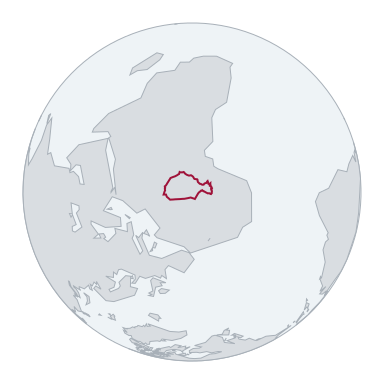 Niger on an orthographic globe, rotated 210°
{"feature_id": "NER", "entity_name": "Niger", "entity_type": "country or territory", "adm_level": 0, "iso_a3": "NER", "parent_name": "Africa", "parent_adm1": "", "projection": "orthographic", "projection_center": [6.366, 17.607], "detail": "fine", "context": "on_globe", "style": "outline", "palette": "rose", "viewbox_px": 384, "rotation_deg": 210, "n_neighbors": 0, "source": "natural_earth", "source_scale": "50m", "svg_char_len": 11258}
<svg xmlns="http://www.w3.org/2000/svg" viewBox="0 0 384 384"><g transform="rotate(210 192 192)"><circle cx="192" cy="192" r="169" fill="#eef3f6" stroke="#a8b0b8"/><path d="M168.8,24.6L155.3,27.1L151.7,28.2L133.2,35.0L136.1,34.3L130.8,37.1L132.1,37.6L128.3,39.2L132.7,38.2L135.9,36.7L138.9,35.9L140.0,36.2L135.3,38.1L134.1,38.3L133.3,39.0L130.5,39.9L132.4,39.6L126.7,42.3L133.9,40.2L130.6,42.8L126.3,44.4L124.8,43.5L111.2,46.7L106.5,49.0L101.2,52.6L95.5,60.5L91.0,63.7L86.4,68.6L89.7,66.9L94.5,62.6L99.5,61.1L104.8,56.6L107.7,55.6L113.9,51.7L115.0,53.2L112.7,57.1L107.6,60.5L106.4,62.5L113.0,60.3L105.1,68.5L102.7,77.2L100.4,79.5L93.0,81.3L88.8,77.9L79.1,82.1L87.4,80.7L81.6,87.3L81.5,89.1L83.0,89.8L86.0,87.9L84.5,90.7L75.7,92.7L77.0,90.1L79.8,89.4L77.7,88.1L71.8,90.4L69.3,94.0L62.9,95.1L61.1,97.9L58.7,100.0L62.0,95.3L55.8,104.1L48.0,109.7L39.4,126.0L45.6,111.6L46.4,108.4L46.7,106.5L45.2,109.0L47.6,104.3L54.4,94.0L62.0,84.1L70.3,74.8L79.3,66.1L89.0,58.1L99.1,50.8L109.8,44.4L121.0,38.7L132.5,33.9L144.4,29.9L156.5,26.8L168.8,24.6ZM35.0,129.6L35.3,128.8L35.1,130.0L30.3,143.0L35.0,129.6ZM30.1,143.5L29.0,149.8L26.2,160.8L25.2,168.1L25.8,168.7L26.1,173.8L28.1,168.7L30.5,167.6L28.8,177.0L31.5,169.9L31.9,175.9L37.8,180.7L36.9,182.4L41.6,197.9L49.6,207.4L51.4,215.4L50.2,219.2L53.6,222.0L53.7,224.8L69.9,235.3L80.3,245.4L81.4,255.0L75.5,263.6L76.8,284.3L68.0,287.0L70.2,294.8L71.1,304.0L65.1,299.9L71.4,307.2L72.0,309.2L69.4,307.4L72.9,311.5L71.2,310.0L75.2,313.9L77.0,315.8L68.5,307.3L60.6,298.3L53.4,288.7L52.6,287.5L37.4,257.6L34.4,250.3L30.0,239.3L24.2,211.3L23.6,202.9L23.3,197.4L24.5,187.0L25.6,173.5L25.5,170.6L24.6,174.2L25.7,162.4L27.9,151.6L28.2,150.7L30.1,143.5ZM36.8,131.3L35.7,144.0L33.9,142.2L34.7,141.3L35.5,136.8L36.1,131.5L35.3,130.8L36.8,131.3ZM41.7,124.6L41.7,123.1L42.0,123.9L41.7,124.6ZM112.9,51.2L113.3,51.4L111.9,52.0L112.9,51.2ZM115.1,49.3L113.1,49.8L113.9,49.1L115.1,48.8L115.1,49.3ZM117.3,49.0L115.5,47.7L116.9,46.4L122.6,44.4L117.3,49.0ZM136.5,36.2L133.1,37.7L134.9,36.2L136.5,36.2ZM136.9,35.4L138.3,32.9L143.8,31.0L142.2,32.0L148.6,29.8L150.7,30.1L147.6,31.4L143.6,32.5L147.4,31.8L136.9,35.4ZM140.2,35.5L140.0,35.0L144.8,33.3L146.1,34.0L144.1,34.3L140.2,35.5ZM149.3,29.2L153.1,28.2L155.8,28.2L157.6,27.8L151.2,29.9L149.3,29.2ZM143.6,34.8L146.6,34.5L145.4,35.6L140.8,35.9L143.6,34.8ZM145.5,32.6L147.8,31.9L146.9,32.5L145.5,32.6ZM142.5,40.1L142.2,39.2L144.6,38.1L142.5,40.1ZM147.9,34.3L148.3,33.9L149.2,33.5L150.9,33.5L147.9,34.3ZM153.5,29.9L153.9,30.1L156.3,29.0L158.4,29.1L153.7,30.6L156.6,30.0L157.3,30.1L152.7,31.3L153.5,29.9ZM155.4,32.4L150.2,34.8L150.3,36.5L148.1,37.4L148.3,34.5L155.4,32.4ZM154.2,31.6L154.5,32.2L151.6,32.9L149.7,32.8L154.2,31.6ZM161.5,28.8L159.5,28.2L160.6,27.9L161.5,28.8ZM156.0,32.7L157.3,32.2L156.4,32.8L156.0,32.7ZM160.5,29.8L159.6,29.5L160.9,29.2L160.5,29.8ZM160.5,31.4L158.8,32.1L157.4,32.0L160.5,31.4ZM160.9,30.6L162.9,30.2L158.0,31.6L160.3,30.5L160.9,30.6ZM161.8,29.5L162.3,29.3L162.0,29.7L161.8,29.5ZM166.6,31.6L160.8,33.4L157.8,33.0L163.9,31.3L166.6,31.6ZM95.7,330.8L95.9,330.9L97.5,332.0L95.7,330.8ZM356.1,151.9L356.0,151.4L358.6,163.6L358.6,163.8L359.4,168.9L359.3,168.4L357.5,158.0L353.6,144.4L354.3,149.4L352.4,143.4L347.2,133.7L347.1,140.7L348.2,161.5L351.4,177.3L350.4,186.0L341.7,166.7L336.0,152.5L334.0,155.5L324.2,145.9L310.3,151.0L307.4,147.7L305.0,150.6L297.9,148.6L293.0,143.0L289.2,144.6L301.9,159.2L306.0,157.6L307.9,149.8L310.8,155.5L317.6,159.0L313.6,176.4L291.5,196.5L287.7,185.0L262.6,156.0L262.5,152.2L262.3,151.8L261.9,151.1L261.2,157.4L256.4,151.7L271.5,172.5L274.7,182.1L291.2,197.3L290.1,199.5L294.9,202.3L308.3,194.0L308.8,198.0L303.4,218.4L283.3,247.9L285.1,263.7L282.1,277.5L267.7,288.8L267.0,298.6L259.2,303.2L257.4,308.8L250.1,315.3L238.6,321.9L221.1,323.7L221.5,319.1L215.1,310.3L206.9,287.0L212.9,275.2L212.0,266.2L199.2,246.2L202.1,234.3L198.3,229.5L190.6,231.0L186.0,225.2L181.2,225.1L150.3,229.1L140.0,221.0L125.6,196.2L130.5,186.8L129.9,175.5L162.8,138.4L171.5,140.6L199.4,134.9L203.2,136.0L201.7,144.8L224.1,153.9L229.2,146.1L247.6,149.9L258.7,148.0L259.4,131.5L241.2,134.1L236.2,126.8L249.3,118.0L264.9,116.5L263.4,113.7L252.0,108.7L254.0,102.9L247.9,106.6L251.6,109.1L247.8,111.8L244.2,109.7L245.1,107.6L239.9,107.0L237.2,118.1L240.6,121.9L228.1,125.4L232.6,132.2L229.8,135.9L221.1,125.9L220.7,122.0L205.9,112.1L205.2,116.4L219.1,126.3L215.4,125.8L214.5,132.6L212.3,127.0L197.3,115.9L185.0,119.3L171.9,136.4L164.2,138.0L156.4,134.8L158.5,118.1L175.6,116.5L176.6,111.3L170.8,104.2L176.5,104.6L176.2,101.7L182.5,101.0L189.1,93.9L195.1,92.9L195.5,84.5L198.6,83.0L197.5,88.2L199.9,91.6L214.6,89.9L216.8,88.0L215.9,82.9L220.0,83.4L217.3,78.7L224.6,76.0L213.3,75.7L211.9,70.5L215.2,66.2L212.7,64.7L207.4,71.8L207.1,74.8L210.1,77.3L207.6,86.4L203.0,88.4L198.0,79.2L190.9,81.2L190.1,73.9L204.9,58.0L212.2,54.9L228.9,59.4L228.4,62.5L222.2,62.3L230.0,66.8L228.4,64.3L231.8,65.0L231.4,60.9L233.8,61.2L229.2,57.0L232.1,57.0L235.0,59.6L236.8,54.3L242.3,53.6L241.6,52.3L239.2,51.1L247.7,51.5L246.8,50.6L243.6,50.0L239.7,47.9L236.1,44.6L239.3,44.9L241.0,46.1L249.4,49.5L253.5,53.2L254.4,53.1L251.6,50.0L241.4,45.7L238.3,43.7L243.3,45.2L241.2,44.5L240.7,43.6L243.1,43.2L237.8,41.4L227.7,33.1L231.3,32.0L236.9,33.9L233.1,30.2L237.6,30.3L234.7,29.6L230.9,28.1L229.5,28.0L227.8,27.6L217.5,25.0L229.7,27.3L241.7,30.5L253.5,34.6L264.9,39.6L276.0,45.4L286.5,52.0L296.6,59.3L306.1,67.4L315.0,76.1L323.2,85.5L330.7,95.4L337.4,105.9L343.3,116.9L348.5,128.2L352.7,139.9L356.1,151.9ZM153.6,157.5L153.2,160.9L153.2,161.0L153.6,157.5ZM283.0,123.5L291.3,122.1L284.7,113.2L287.4,112.1L284.2,109.7L284.2,112.6L276.0,105.9L278.5,102.3L276.1,98.5L273.2,98.8L269.8,106.6L281.6,116.0L280.9,120.4L283.0,123.5ZM38.0,180.7L38.5,183.1L37.4,182.4L38.0,180.7ZM32.4,145.6L32.8,146.9L32.6,148.8L32.1,148.5L32.4,145.6ZM38.4,154.6L39.4,156.7L37.8,156.1L38.4,154.6ZM35.8,145.9L37.6,153.4L34.6,153.6L33.7,149.1L35.0,149.9L35.8,145.9ZM39.0,129.3L38.9,130.6L38.1,132.0L39.0,129.3ZM41.9,125.2L41.7,125.1L42.3,123.4L41.9,125.2ZM82.1,87.2L82.8,87.1L83.8,88.3L82.2,88.8L82.1,87.2ZM94.9,88.2L92.1,92.7L93.0,89.7L90.3,91.0L88.7,86.6L99.2,80.5L94.7,83.9L94.9,88.2ZM89.5,79.7L89.3,82.7L89.1,79.6L89.5,79.7ZM168.7,88.2L171.6,89.8L170.2,93.1L162.6,95.7L164.5,90.9L168.7,88.2ZM175.9,91.4L173.1,82.3L177.7,80.7L175.6,83.1L178.9,82.9L176.4,86.7L183.6,94.7L182.9,98.2L169.2,100.4L174.1,97.5L171.0,95.9L175.9,91.4ZM157.6,66.2L156.4,63.5L168.0,63.4L167.7,66.1L160.1,68.5L155.9,66.9L157.6,66.2ZM127.9,46.1L126.7,46.0L128.0,45.3L130.1,44.9L127.9,46.1ZM142.2,39.7L134.5,46.7L132.7,46.7L130.3,51.4L124.8,53.3L126.5,50.1L120.4,55.4L119.8,53.4L116.2,57.1L120.6,49.8L119.7,48.5L122.8,49.1L128.0,47.2L129.9,46.0L134.9,41.9L135.6,38.8L140.8,36.8L144.3,36.4L144.9,36.8L141.3,37.8L144.7,37.7L140.0,39.6L142.2,39.7ZM182.2,38.0L177.8,37.9L183.9,40.1L179.2,41.1L180.2,41.3L177.5,43.0L176.0,45.5L173.6,45.8L174.1,46.7L172.3,48.0L172.1,49.4L167.8,50.5L167.2,52.4L165.5,51.8L165.6,55.0L163.6,53.2L161.1,55.0L164.4,55.8L141.4,60.2L133.3,64.2L127.7,68.9L124.9,65.7L128.4,59.7L135.1,53.4L143.2,50.2L140.5,49.7L143.6,48.1L144.5,49.2L145.0,46.6L147.7,45.7L153.7,41.5L152.7,38.9L154.9,37.5L156.7,38.1L157.6,36.3L162.4,36.6L164.1,35.7L170.5,35.3L173.0,37.3L174.7,36.2L179.6,36.2L182.2,38.0ZM168.4,31.6L172.4,33.2L171.9,34.7L160.9,34.9L158.7,35.6L151.7,36.3L152.7,34.2L154.6,34.2L156.7,33.7L155.6,34.5L158.0,33.5L160.8,33.5L163.4,32.8L164.0,33.4L168.4,31.6ZM206.4,132.5L209.1,132.7L213.1,132.0L212.6,136.5L206.4,132.5ZM196.0,125.0L198.3,124.3L199.5,129.8L196.7,129.9L196.0,125.0ZM198.5,119.5L198.3,123.8L196.8,121.5L198.5,119.5ZM199.5,87.5L201.9,86.7L202.5,87.8L201.7,89.7L199.5,87.5ZM199.2,46.7L196.8,45.9L197.2,45.4L194.2,42.7L197.4,42.1L200.5,43.4L199.2,46.7ZM256.9,134.7L254.3,138.2L252.4,137.0L253.6,136.0L256.9,134.7ZM232.9,137.6L238.9,139.0L232.7,138.9L232.9,137.6ZM202.2,45.5L200.6,44.4L203.2,44.8L202.2,45.5ZM199.6,41.5L202.5,41.6L197.4,41.7L199.6,41.5ZM291.1,328.4L290.1,329.4L288.7,330.3L291.1,328.4ZM305.5,269.7L292.0,295.0L285.6,296.7L286.0,290.4L292.1,275.6L300.0,269.7L304.3,262.3L305.5,269.7ZM360.7,183.3L360.2,177.6L360.2,176.3L360.3,176.9L360.7,183.3ZM351.9,178.6L354.4,186.7L353.5,189.3L351.9,178.6ZM227.4,41.3L228.1,45.4L230.6,48.7L235.5,50.6L228.9,50.0L225.0,45.0L227.4,41.3ZM227.3,33.9L223.1,32.8L224.7,32.5L225.8,32.7L227.3,33.9ZM224.9,33.8L220.2,34.0L217.7,32.9L221.9,32.9L224.9,33.8ZM211.4,38.9L211.3,40.1L209.2,39.7L211.4,38.9ZM227.1,27.6L224.8,27.1L225.1,27.0L227.1,27.6ZM218.7,25.9L219.9,26.3L217.3,25.7L218.7,25.9ZM222.9,27.6L219.8,26.5L224.6,27.8L222.9,27.6Z" fill="#d9dde1" stroke="#a8b0b8" stroke-width="1"/><path d="M212.7,203.1L212.2,203.1L211.9,203.2L211.5,203.5L211.1,203.7L210.6,203.9L210.3,204.1L210.0,204.3L209.6,204.7L209.5,205.0L209.1,205.1L208.5,205.1L208.1,204.8L207.3,204.5L206.7,204.4L205.2,204.3L203.8,204.5L203.1,204.6L202.6,204.9L202.2,205.1L201.3,206.0L200.1,206.0L199.4,205.9L198.9,205.8L198.0,205.4L197.0,204.7L196.6,204.6L196.2,204.6L194.8,205.2L194.6,205.2L194.3,205.3L194.1,205.5L193.8,205.6L193.6,205.5L193.4,205.4L192.7,204.5L192.6,204.4L192.4,204.1L192.1,203.8L191.8,203.6L191.7,203.6L190.5,203.3L189.5,203.0L189.3,203.0L189.1,203.1L188.8,203.3L188.4,203.4L187.9,203.4L187.6,203.3L187.1,203.4L186.8,203.5L186.4,203.6L185.9,204.1L185.6,204.2L185.5,205.4L185.3,205.7L185.0,206.2L184.5,206.6L184.2,206.9L184.2,207.3L184.1,207.9L184.1,208.3L184.1,208.5L184.1,208.8L184.1,209.0L184.0,209.3L183.8,209.1L183.6,208.9L183.3,208.8L183.2,208.7L182.7,208.1L182.0,207.3L181.9,207.3L181.7,207.3L181.4,207.5L181.2,207.5L180.8,207.6L180.5,207.7L180.5,207.8L180.6,208.4L180.5,208.7L180.4,208.5L180.0,208.0L179.7,207.6L179.6,207.3L179.8,207.2L180.0,207.2L180.1,206.8L179.9,206.5L179.8,206.3L179.7,206.3L179.3,206.3L179.0,206.5L178.8,206.5L178.5,206.5L178.2,206.5L178.0,206.3L177.5,205.9L176.9,205.4L176.6,205.3L176.6,205.2L176.5,204.9L176.6,204.4L176.8,204.4L177.1,204.4L177.0,204.2L176.7,204.0L176.6,203.7L176.4,203.5L176.2,203.5L176.0,203.4L175.9,203.3L175.7,203.3L175.3,202.8L175.0,202.4L174.9,202.1L174.8,201.9L174.9,201.6L174.6,201.2L174.3,200.9L174.4,200.4L174.5,200.0L174.5,199.8L174.5,199.7L175.1,199.5L175.9,199.6L176.6,199.5L177.1,199.1L177.6,198.7L178.4,198.7L179.2,198.6L179.8,198.6L180.8,198.6L181.6,198.6L182.4,198.6L182.5,198.4L183.3,198.5L183.9,198.6L183.9,198.2L184.5,197.7L184.8,197.7L184.9,197.4L185.0,197.2L185.1,196.9L185.2,196.6L185.3,196.1L185.6,195.6L185.8,195.0L185.9,194.4L185.9,193.9L186.0,193.8L186.0,192.9L186.0,192.0L186.0,191.3L186.0,190.4L186.0,189.6L186.0,188.7L186.0,188.0L186.0,187.4L186.7,187.3L187.3,187.2L188.2,187.0L189.2,186.8L190.3,186.6L190.5,186.5L191.3,185.7L191.7,185.4L192.4,184.7L193.0,184.2L193.7,183.6L194.5,182.9L195.1,182.4L196.0,181.8L197.4,180.9L198.8,179.9L200.2,179.0L201.6,178.1L203.0,177.2L204.4,176.2L205.8,175.3L207.1,174.4L208.5,174.7L209.9,175.0L211.2,175.2L211.6,175.4L212.3,176.0L213.3,176.8L214.2,176.3L215.3,175.6L215.7,177.3L216.0,178.7L216.1,179.7L216.1,179.9L216.2,180.1L216.4,180.2L217.3,181.5L217.2,181.8L217.3,182.2L217.6,182.3L218.3,183.1L218.4,183.3L217.9,184.4L217.9,184.6L217.8,185.8L217.8,186.6L217.8,187.8L217.7,189.2L217.7,190.4L217.6,192.0L217.6,193.4L216.9,194.3L215.7,195.8L214.6,197.0L214.1,197.8L213.1,199.4L212.7,200.4L212.4,200.9L212.2,201.1L212.4,201.9L212.7,203.1Z" fill="none" stroke="#9f1239" stroke-width="2"/></g></svg>